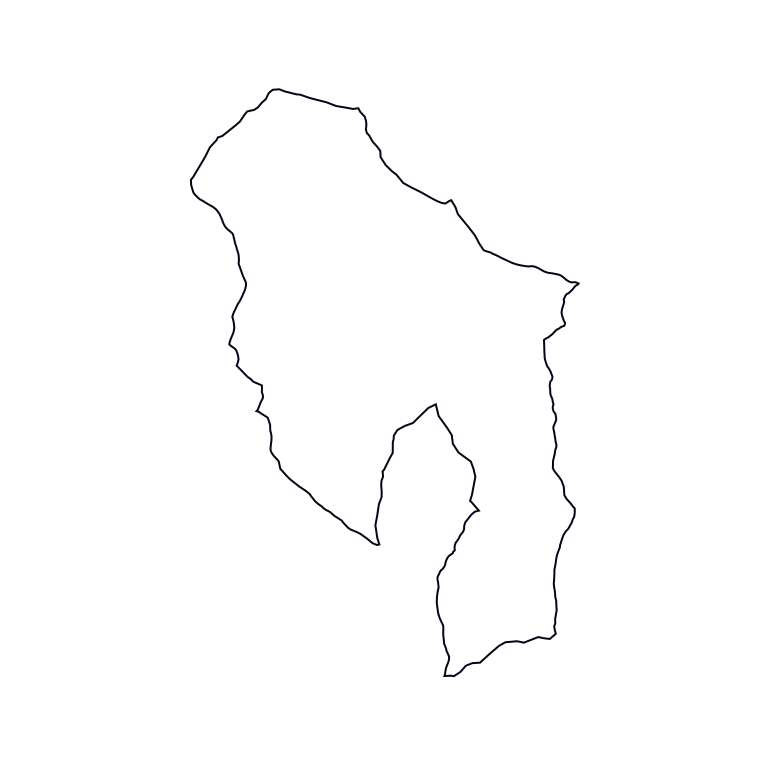 Shapa, Paro, Bhutan, rotated 295°
{"feature_id": "84629894B81058268948150", "entity_name": "Shapa", "entity_type": "district", "adm_level": 2, "iso_a3": "BTN", "parent_name": "Bhutan", "parent_adm1": "Paro", "projection": "natural_earth1", "projection_center": [89.46, 27.36], "detail": "fine", "context": "isolated", "style": "outline", "palette": "ink", "viewbox_px": 768, "rotation_deg": 295, "n_neighbors": 0, "source": "geoboundaries", "source_scale": "gbopen_adm2", "svg_char_len": 6154}
<svg xmlns="http://www.w3.org/2000/svg" viewBox="0 0 768 768"><g transform="rotate(295 384 384)"><path d="M579.0,367.2L577.0,365.5L573.5,363.4L572.5,359.7L572.2,354.2L572.5,348.3L573.4,337.1L573.7,325.8L574.3,316.5L579.0,306.8L580.3,301.0L583.1,293.1L585.0,290.0L588.2,285.0L593.6,282.2L596.1,277.7L598.7,271.5L603.1,265.3L604.1,262.5L606.9,260.1L611.7,258.4L614.6,256.7L618.1,253.6L620.6,247.4L623.1,244.2L620.2,239.8L618.9,234.6L615.7,223.1L615.0,212.8L613.7,205.9L611.8,195.6L610.8,185.7L609.5,182.2L607.2,170.2L606.9,164.7L603.7,158.9L599.5,156.8L596.3,156.5L592.2,156.5L587.4,154.4L581.3,152.8L577.5,150.4L573.3,144.9L569.8,143.9L560.9,142.5L555.5,140.1L545.2,135.0L540.4,132.6L537.2,129.2L534.4,129.2L525.1,126.2L513.9,125.9L501.1,124.6L491.1,123.6L487.5,122.7L483.2,124.9L479.5,128.0L476.6,130.8L475.3,133.7L474.3,136.5L473.6,138.9L473.3,143.2L472.9,145.9L472.4,151.4L472.2,154.2L471.5,157.3L470.6,159.5L468.9,162.6L467.6,164.2L465.3,166.8L464.0,168.3L462.4,169.7L459.6,173.3L458.4,176.0L457.6,178.6L456.9,181.3L456.4,182.9L455.5,184.2L453.8,185.5L452.0,187.0L450.3,188.2L449.1,189.2L447.1,191.0L445.5,192.6L444.4,193.3L442.0,195.6L439.8,197.5L435.4,200.0L431.9,201.3L430.5,202.3L429.1,203.9L426.0,206.9L423.2,209.6L420.9,212.1L418.7,214.8L417.0,216.4L414.3,217.5L410.5,218.2L406.0,218.3L402.9,218.4L398.9,218.3L394.2,217.7L390.5,217.7L385.8,217.6L383.3,217.8L380.9,218.1L378.5,220.1L376.3,221.8L374.1,223.1L372.6,224.1L370.7,224.9L368.9,225.4L366.8,225.8L362.6,226.0L359.6,226.1L355.9,226.6L354.4,227.2L353.9,229.1L353.6,230.5L353.3,232.6L352.7,234.7L351.4,236.6L349.2,238.7L347.1,240.3L344.8,241.8L342.9,242.2L340.3,242.6L338.4,242.7L335.3,250.8L332.8,257.3L332.1,261.3L330.8,264.6L331.0,270.0L331.1,273.9L328.7,275.2L325.1,276.7L322.3,279.2L319.9,280.2L317.4,280.1L315.3,279.9L314.0,280.2L312.5,280.1L311.2,280.3L309.2,280.3L307.3,280.5L305.5,280.0L305.9,282.0L305.5,284.1L305.3,285.4L304.9,289.2L304.3,292.9L300.8,296.2L298.9,298.0L293.9,300.5L291.2,302.7L289.4,304.0L285.4,305.8L282.2,306.8L279.5,307.7L276.9,308.7L275.0,310.1L273.8,311.8L272.4,314.3L271.4,316.7L270.7,318.4L269.8,320.6L268.9,321.7L266.4,323.5L264.6,324.9L263.3,325.9L259.5,334.9L257.8,339.6L256.3,346.1L255.3,350.2L254.5,355.7L254.0,358.6L253.2,362.0L252.7,363.4L251.1,366.1L250.1,368.2L248.7,371.0L247.8,373.9L247.4,375.4L246.7,379.4L246.0,381.2L245.6,383.0L245.3,385.3L245.3,387.4L245.1,389.4L244.5,391.5L243.4,395.2L242.9,399.8L242.6,402.0L242.3,403.6L241.4,405.1L240.2,407.9L238.6,411.9L238.0,415.0L238.2,419.4L238.3,421.0L238.3,423.3L238.2,425.9L236.8,433.6L234.9,440.9L235.1,445.7L236.6,447.6L241.6,443.0L252.3,435.9L261.7,433.5L272.9,430.2L280.6,429.6L285.8,427.2L291.5,424.0L295.5,422.6L299.7,422.3L304.3,419.6L306.2,420.3L319.5,420.6L325.3,421.0L335.2,416.5L338.0,416.1L341.4,414.7L348.0,415.6L354.7,420.5L360.9,426.7L380.8,434.2L387.5,439.5L378.0,447.1L371.0,459.7L366.2,467.2L364.9,467.9L358.9,471.7L353.4,480.4L350.4,495.5L344.8,501.1L338.6,506.0L320.5,510.6L314.5,511.4L313.5,514.2L309.3,523.5L306.7,520.3L302.6,518.4L292.9,516.1L289.2,516.7L286.0,518.0L283.3,518.1L279.6,517.1L275.5,517.0L274.2,516.9L272.4,516.5L270.7,516.1L269.0,516.2L266.6,516.6L264.5,517.7L263.1,518.4L260.9,517.6L259.5,517.8L257.9,516.8L255.6,515.5L252.7,514.9L249.7,515.0L248.3,515.2L245.9,515.9L243.1,515.7L241.3,515.4L239.3,514.4L237.6,514.1L234.8,514.2L231.8,514.1L229.2,515.2L227.1,516.8L225.4,517.9L222.9,519.3L221.1,519.9L219.5,520.1L213.7,521.9L208.3,524.1L200.4,529.1L197.8,531.1L195.5,533.3L193.8,535.2L190.3,539.5L189.1,540.3L187.2,541.2L181.5,543.8L178.0,546.0L174.2,548.1L170.9,551.6L168.1,553.9L166.7,555.7L164.5,558.2L162.1,559.2L159.5,559.8L156.1,560.0L153.3,560.2L150.9,560.7L146.8,561.9L144.9,562.2L148.2,568.6L148.7,570.8L155.4,575.0L163.2,577.2L168.4,582.1L172.0,588.8L184.3,593.9L195.3,598.9L201.2,603.1L207.1,613.3L208.7,620.1L219.9,630.8L221.0,635.9L223.0,642.0L230.2,645.3L232.8,643.1L236.1,640.7L239.5,640.4L243.1,638.5L249.7,636.7L252.2,636.0L254.1,634.9L259.0,632.3L260.5,631.6L262.7,629.7L268.1,626.6L271.0,624.6L274.8,622.2L278.0,621.1L282.4,619.3L285.7,617.9L287.1,617.1L293.0,615.6L299.3,613.7L303.5,612.9L305.8,612.7L310.6,612.4L311.8,611.8L317.6,611.0L322.5,610.5L327.0,610.9L330.6,612.2L337.5,612.7L341.5,612.3L344.1,612.5L347.9,611.3L351.8,609.5L352.9,606.8L354.6,603.9L355.3,602.1L357.1,597.9L359.4,594.5L364.6,591.6L366.8,590.4L371.4,585.8L373.6,582.2L374.6,580.1L376.6,576.1L377.6,574.5L379.2,572.5L381.5,571.6L383.0,570.9L385.4,569.8L389.2,569.0L392.1,568.4L393.8,568.0L395.7,567.3L400.3,566.7L402.8,565.2L404.0,564.1L411.4,559.2L415.0,556.5L416.5,555.7L418.7,555.5L424.0,555.3L425.5,554.6L429.3,552.1L430.9,549.2L433.4,547.1L434.7,546.6L437.5,546.1L438.7,544.8L441.2,543.2L444.9,539.2L450.4,536.3L452.1,535.0L456.3,533.8L458.8,534.3L460.0,534.2L461.8,533.6L462.9,532.5L465.9,529.4L467.7,526.9L469.2,524.2L472.6,521.0L474.9,519.0L480.3,516.1L486.2,513.1L487.7,512.4L491.4,510.4L493.0,511.1L496.1,513.4L497.7,514.2L500.5,515.6L503.0,516.4L506.1,517.5L508.2,519.2L510.6,520.4L512.8,522.7L514.5,522.7L516.1,522.2L516.7,521.0L520.3,517.3L523.4,514.9L526.0,514.0L527.7,513.6L529.5,513.4L532.0,513.1L534.6,512.6L536.5,511.2L539.0,511.1L540.7,511.1L543.0,511.7L544.2,512.9L548.4,514.6L549.7,515.0L552.4,515.6L553.8,516.1L555.0,516.8L556.0,517.6L557.3,517.9L557.3,516.3L557.1,514.3L556.3,512.7L555.3,511.0L555.1,509.6L555.1,508.2L555.2,506.8L555.4,505.2L555.9,503.6L556.3,502.1L556.7,500.5L557.0,498.9L557.1,497.3L556.8,495.7L556.5,494.1L556.1,492.5L555.7,490.9L555.3,489.4L554.8,487.8L554.3,486.3L554.0,484.7L553.8,483.1L553.7,481.4L553.8,479.8L553.9,478.2L554.1,476.6L554.2,475.0L554.2,473.3L554.1,471.7L553.9,470.1L553.4,468.5L552.7,467.1L551.8,465.7L551.2,464.2L550.7,462.7L550.3,461.2L549.8,459.6L549.4,458.0L549.0,456.4L548.7,454.8L548.4,453.3L548.2,451.6L548.0,450.0L547.9,448.4L547.9,446.8L547.9,445.1L547.9,443.5L547.9,441.9L547.9,440.2L547.9,438.6L547.9,437.0L548.0,435.4L548.1,433.7L548.1,432.1L548.1,430.5L548.1,428.8L547.9,427.2L548.3,425.8L548.1,424.4L547.4,419.6L547.4,417.7L551.4,411.2L557.0,403.8L562.0,394.2L565.9,386.0L569.3,379.0L572.1,376.3L574.2,374.3L576.1,371.6L579.0,367.2Z" fill="none" stroke="#020617" stroke-width="2"/></g></svg>